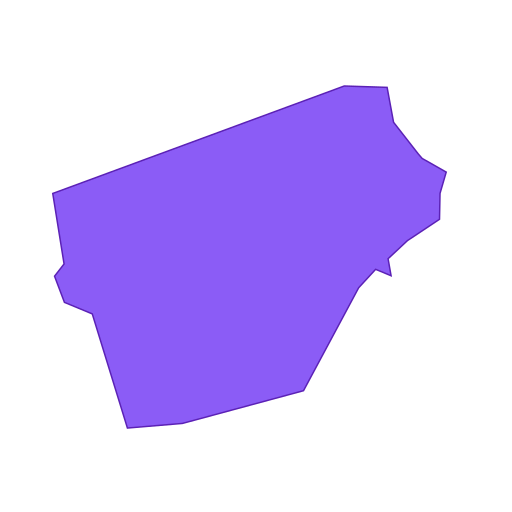 Grant, Kentucky, United States of America, rotated 260°
{"feature_id": "52423323B20105286967567", "entity_name": "Grant", "entity_type": "district", "adm_level": 2, "iso_a3": "USA", "parent_name": "United States of America", "parent_adm1": "Kentucky", "projection": "natural_earth1", "projection_center": [-84.627, 38.638], "detail": "fine", "context": "isolated", "style": "filled", "palette": "violet", "viewbox_px": 512, "rotation_deg": 260, "n_neighbors": 0, "source": "geoboundaries", "source_scale": "gbopen_adm2", "svg_char_len": 428}
<svg xmlns="http://www.w3.org/2000/svg" viewBox="0 0 512 512"><g transform="rotate(260 256 256)"><path d="M227.4,84.7L108.9,99.5L103.9,154.4L115.1,279.4L206.9,351.6L222.1,371.5L213.1,385.6L230.4,385.6L244.9,407.9L260.3,443.1L285.7,448.1L305.6,457.9L323.2,436.6L328.4,433.5L363.8,414.7L399.3,414.4L408.1,372.4L352.9,66.7L281.5,65.6L271.1,54.1L243.6,59.3L227.4,84.7Z" fill="#8b5cf6" stroke="#5b21b6" stroke-width="1.5"/></g></svg>